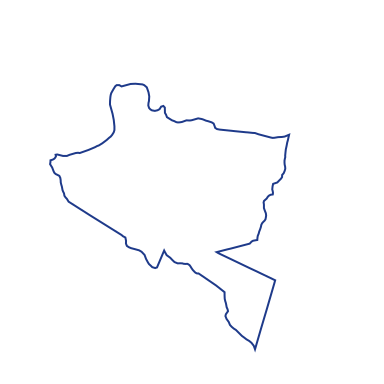 the district of Glória, Bahia, Brazil, rotated 302°
{"feature_id": "56859067B59812868338387", "entity_name": "Glória", "entity_type": "district", "adm_level": 2, "iso_a3": "BRA", "parent_name": "Brazil", "parent_adm1": "Bahia", "projection": "mercator", "projection_center": [-38.437, -9.244], "detail": "fine", "context": "isolated", "style": "outline", "palette": "blue", "viewbox_px": 384, "rotation_deg": 302, "n_neighbors": 0, "source": "geoboundaries", "source_scale": "gbopen_adm2", "svg_char_len": 3302}
<svg xmlns="http://www.w3.org/2000/svg" viewBox="0 0 384 384"><g transform="rotate(302 192 192)"><path d="M246.1,146.4L244.5,144.6L243.4,142.9L242.9,141.6L242.7,139.3L242.2,137.1L242.2,131.1L243.8,129.0L244.8,127.1L249.2,124.2L249.8,122.1L248.0,120.6L245.1,120.6L243.1,119.5L241.1,117.5L240.0,114.7L240.0,112.9L240.5,111.1L242.2,109.1L244.5,107.9L246.3,107.3L250.4,105.1L253.5,102.3L256.8,98.2L257.3,94.9L257.0,93.0L256.3,91.6L253.8,86.6L251.1,82.7L244.2,76.3L244.1,73.7L242.7,71.5L241.1,70.9L237.5,70.9L233.2,71.1L231.3,71.6L229.4,72.4L225.7,74.3L222.7,76.1L216.2,83.2L211.6,87.5L206.6,91.4L203.4,93.4L201.1,94.0L198.1,94.0L195.9,93.7L194.1,93.0L190.9,92.1L185.7,90.1L181.9,88.2L180.9,87.3L178.6,86.0L175.6,83.9L172.9,82.0L165.5,76.1L164.9,74.6L163.5,72.8L158.7,68.5L156.3,66.8L154.2,63.4L152.4,57.8L151.3,56.6L150.2,57.7L148.8,57.8L147.3,57.6L145.6,56.7L143.9,55.2L142.3,56.1L140.4,56.9L139.5,58.7L138.7,60.4L137.1,62.5L136.0,64.0L135.3,65.2L135.0,66.9L135.2,68.7L135.4,70.9L134.2,72.8L132.5,74.3L130.6,75.6L129.1,77.1L127.7,78.7L126.2,80.1L125.0,81.2L124.1,82.4L123.0,84.2L121.2,85.8L120.4,87.6L119.9,89.5L119.3,90.7L118.4,92.5L118.2,117.0L118.2,118.6L118.2,155.1L117.9,156.9L118.1,159.6L115.7,161.9L113.3,163.3L111.8,165.3L111.7,167.6L112.1,170.1L113.1,173.3L114.5,178.0L114.6,180.9L113.5,185.1L110.9,188.5L108.9,192.0L108.1,193.7L107.6,196.4L107.2,198.1L108.0,201.1L109.5,202.3L127.6,199.4L126.8,200.7L125.0,204.0L124.8,207.0L124.7,208.4L123.9,211.4L123.3,214.3L123.9,217.7L125.2,219.6L126.3,221.5L126.7,223.0L127.5,224.5L128.7,226.3L128.7,228.6L128.1,230.1L127.2,231.9L126.3,234.0L125.7,236.3L125.4,237.7L125.6,239.5L126.4,240.7L125.5,261.9L124.3,272.7L122.7,273.7L121.0,274.8L118.7,276.4L117.0,278.1L116.0,279.3L114.8,280.5L113.8,281.4L112.7,282.4L111.4,284.3L110.0,285.7L106.3,285.5L104.5,286.1L102.7,288.5L101.2,292.1L99.4,294.6L98.7,297.1L98.3,299.9L98.3,302.3L97.2,307.1L96.4,310.6L96.2,313.4L95.9,316.2L96.0,319.5L95.6,322.4L94.3,325.9L92.0,328.8L112.1,323.1L132.0,317.6L151.8,312.0L158.2,310.2L161.2,309.3L159.5,294.1L158.9,288.6L158.7,287.0L157.9,280.4L155.7,260.7L154.3,248.6L154.1,246.4L154.1,244.8L159.8,250.2L162.1,252.4L164.5,254.8L178.8,268.3L181.5,268.8L183.0,269.6L184.4,271.1L185.9,272.8L188.0,271.7L189.7,271.0L192.1,270.6L193.9,270.0L196.6,269.5L199.0,268.9L200.8,268.2L202.6,268.0L204.5,268.3L206.0,268.7L207.7,268.8L209.6,268.1L211.4,267.3L213.1,265.9L214.8,263.6L216.5,261.5L218.6,260.2L219.8,259.4L221.0,258.3L222.5,257.8L224.0,258.2L226.0,258.8L227.9,258.8L229.5,259.1L231.3,260.1L232.7,261.8L234.1,261.2L235.5,260.0L236.7,258.7L237.9,258.1L239.6,257.3L241.9,256.5L245.3,259.3L247.3,259.7L250.4,260.4L252.3,260.5L254.3,259.4L256.4,259.8L259.0,259.4L261.1,258.8L262.8,257.6L264.3,256.1L265.9,254.9L267.7,253.8L269.5,253.1L271.0,252.6L272.3,251.7L274.9,250.4L277.8,249.0L280.9,247.9L282.2,247.4L284.5,246.5L285.9,246.1L287.2,245.7L289.4,244.9L292.0,244.0L288.1,241.2L286.4,239.2L284.1,235.9L281.7,233.2L280.6,231.7L280.0,230.1L276.9,220.1L276.2,217.8L275.4,214.2L274.2,212.0L272.1,207.7L271.2,206.0L266.1,195.7L265.0,193.4L259.6,182.4L258.6,179.8L258.7,177.6L259.6,176.6L261.5,174.1L261.5,171.8L260.6,168.2L259.9,166.0L259.6,164.1L259.3,162.5L258.9,161.2L257.7,158.2L252.8,153.8L251.5,152.3L249.8,149.3L246.1,146.4Z" fill="none" stroke="#1e3a8a" stroke-width="2"/></g></svg>